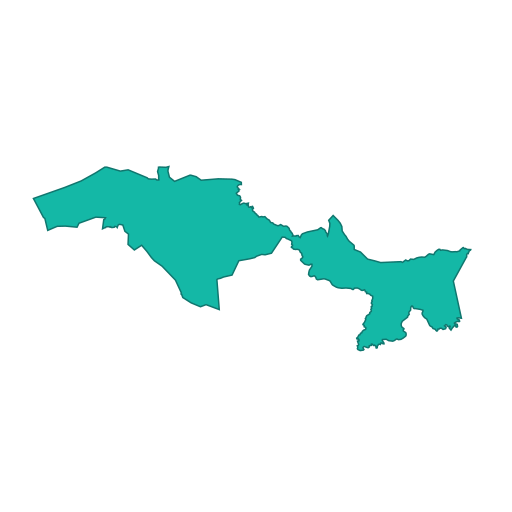 Zapotitlán Tablas, Guerrero, Mexico (Natural Earth projection), rotated 263°
{"feature_id": "50627088B79623688791809", "entity_name": "Zapotitlán Tablas", "entity_type": "district", "adm_level": 2, "iso_a3": "MEX", "parent_name": "Mexico", "parent_adm1": "Guerrero", "projection": "natural_earth1", "projection_center": [-98.863, 17.322], "detail": "fine", "context": "isolated", "style": "filled", "palette": "teal", "viewbox_px": 512, "rotation_deg": 263, "n_neighbors": 0, "source": "geoboundaries", "source_scale": "gbopen_adm2", "svg_char_len": 6161}
<svg xmlns="http://www.w3.org/2000/svg" viewBox="0 0 512 512"><g transform="rotate(263 256 256)"><path d="M207.3,213.0L237.4,214.3L237.9,215.2L238.2,218.1L239.1,221.2L240.0,229.9L253.4,238.4L254.0,249.5L254.6,254.6L255.7,256.5L256.9,261.8L256.1,265.2L256.9,271.7L271.6,284.3L271.0,287.2L269.6,288.3L269.2,289.3L266.8,293.1L265.2,293.4L263.3,292.8L262.4,293.6L261.7,293.5L261.0,292.4L260.2,292.2L259.4,293.4L258.3,294.0L257.6,296.3L257.7,297.5L257.0,299.4L256.2,299.9L254.2,300.5L253.2,301.6L250.7,301.8L250.0,302.3L249.2,302.3L248.1,301.3L247.4,299.9L246.3,299.8L245.6,300.3L242.2,303.1L241.8,303.7L240.5,307.3L240.6,308.4L241.2,309.1L241.0,310.5L239.0,310.3L235.5,307.3L233.5,306.5L231.3,305.9L229.5,306.8L229.4,307.4L228.8,307.9L228.9,309.7L229.3,311.2L229.1,311.7L227.7,312.7L225.8,313.1L224.9,314.3L225.1,320.5L224.7,321.9L222.7,325.7L222.0,326.5L218.4,328.1L217.6,328.8L215.3,331.9L214.5,333.6L213.5,337.3L213.3,341.4L212.2,346.3L211.1,347.6L210.9,348.3L211.0,348.7L212.1,349.7L211.9,352.7L210.8,354.7L209.5,356.0L208.9,357.0L208.9,358.3L209.3,359.5L208.9,359.9L207.2,360.2L206.6,361.5L205.6,361.2L205.2,361.3L205.1,362.7L204.1,364.5L203.2,364.9L201.9,366.9L199.7,366.7L197.5,365.5L196.6,365.8L196.1,365.1L195.1,364.7L193.6,365.6L193.1,365.2L192.1,365.2L191.5,364.1L190.0,364.4L189.1,363.5L187.6,363.8L187.0,363.7L186.1,362.1L184.8,361.9L183.2,358.6L182.4,358.0L181.2,357.6L180.6,356.9L179.6,357.2L177.0,355.6L175.2,353.8L174.7,353.9L173.9,355.0L172.6,354.7L171.7,356.2L170.3,356.2L169.6,355.3L169.3,353.8L168.2,352.3L166.8,351.5L166.6,350.3L165.2,349.6L165.0,348.4L163.1,347.2L162.2,345.9L161.5,346.0L161.4,347.3L160.6,347.2L160.5,347.9L160.0,348.1L159.1,347.8L159.0,346.4L155.7,347.1L154.8,346.6L154.6,345.6L152.8,345.9L151.6,345.3L150.7,345.8L149.4,347.9L149.5,351.0L150.0,351.7L151.9,350.9L152.9,351.8L153.0,352.5L151.5,355.4L151.3,356.3L151.8,357.2L153.1,357.5L153.2,359.6L154.4,359.7L154.5,360.3L154.1,360.9L152.9,361.7L152.7,362.3L153.1,362.8L152.2,363.9L150.1,364.0L149.9,364.6L150.2,365.2L151.4,365.3L153.3,366.8L153.5,367.6L153.0,368.7L154.5,369.4L154.4,370.0L153.4,371.3L153.2,372.3L154.0,372.4L156.8,371.0L157.7,371.3L157.5,375.1L155.8,377.4L154.8,381.4L155.3,383.2L156.4,385.1L156.4,385.9L155.6,387.2L155.6,389.7L156.5,391.9L158.2,394.8L159.3,395.4L161.1,395.5L161.8,395.2L163.6,393.1L164.8,393.1L165.4,393.9L165.9,394.0L167.6,392.2L169.0,391.7L171.0,391.8L173.4,393.2L176.8,399.0L177.6,399.1L179.5,401.0L180.5,400.7L181.6,400.9L183.5,402.9L185.7,403.2L186.9,403.9L187.4,404.6L187.1,405.3L185.1,406.0L184.5,406.6L184.4,407.8L183.0,412.5L181.8,415.1L180.9,415.0L179.1,413.9L177.8,413.9L175.8,414.8L174.2,415.9L172.6,417.8L166.0,419.9L165.2,420.5L164.1,422.1L162.5,422.8L161.4,425.0L160.1,425.6L159.4,426.4L159.9,427.2L161.3,427.7L161.2,428.9L161.9,429.9L161.6,431.4L160.3,432.7L160.7,435.3L162.0,436.0L162.4,435.9L163.7,434.6L164.8,436.1L164.3,437.0L163.2,437.4L162.3,438.5L162.9,439.6L162.8,440.0L162.3,440.1L160.8,439.1L158.7,440.5L160.7,442.1L162.8,444.7L162.7,445.4L161.0,446.0L161.0,447.0L161.6,447.5L163.6,447.4L164.1,446.5L164.5,444.9L165.2,444.7L165.8,445.6L166.6,448.0L166.1,449.6L166.3,450.1L167.7,450.0L168.9,448.2L169.5,447.9L170.0,448.0L170.0,449.5L169.2,452.3L207.1,448.8L229.2,464.7L229.4,465.0L231.7,465.3L232.3,465.7L232.6,466.4L232.5,467.0L233.5,467.1L233.9,467.7L235.0,468.2L235.8,469.7L236.2,469.9L236.8,466.5L238.0,464.7L237.8,464.1L238.0,463.6L239.1,462.9L239.1,462.5L237.1,459.3L236.3,458.9L236.2,458.5L235.7,455.7L236.0,454.7L236.2,451.2L236.6,449.6L238.1,446.7L239.3,441.9L239.2,439.8L240.2,439.3L240.4,438.3L239.7,436.7L238.1,434.3L235.7,432.6L237.0,428.6L236.7,427.4L234.9,424.8L234.2,423.2L234.8,420.4L234.8,417.6L234.5,415.3L233.4,412.2L234.1,409.0L232.7,407.2L232.7,405.7L233.8,404.1L231.8,400.6L232.7,399.2L234.3,378.9L236.8,373.0L239.3,366.4L247.2,360.2L250.5,354.3L254.0,354.7L254.8,354.5L259.3,350.3L261.6,348.9L264.6,347.7L266.2,346.6L270.3,344.6L274.8,344.8L278.3,343.6L281.4,341.7L286.8,337.5L282.6,332.5L279.4,333.3L276.5,332.8L269.2,330.5L267.0,329.4L267.5,329.2L268.5,329.5L269.7,329.1L271.4,328.1L272.6,328.0L274.1,327.0L275.1,325.3L276.2,324.2L276.2,323.6L274.5,320.5L273.6,310.0L272.4,304.8L271.4,303.6L268.9,302.1L269.9,301.0L271.2,300.4L271.3,298.4L270.8,298.1L271.4,295.5L271.3,294.6L272.4,295.2L274.5,294.5L275.0,293.8L276.2,293.6L277.3,292.6L279.5,292.2L281.6,290.5L282.1,289.4L282.1,287.0L284.2,284.3L283.4,282.2L283.5,281.0L285.6,277.4L286.8,276.7L287.5,274.6L289.9,273.6L291.5,271.5L294.0,269.6L293.9,267.6L294.5,266.6L294.3,263.6L296.0,262.7L296.3,262.1L297.5,261.6L298.3,260.5L299.7,259.9L300.9,258.4L302.0,258.1L303.3,258.3L303.4,259.1L303.7,259.3L305.7,258.6L305.7,258.2L304.8,257.5L305.2,257.3L305.6,256.4L305.2,255.8L305.3,255.0L305.8,254.5L307.4,254.6L307.5,253.5L307.8,253.2L308.8,254.7L309.4,254.9L309.2,252.2L310.0,250.3L309.7,248.8L308.8,246.8L309.2,245.8L310.1,246.1L311.0,246.0L313.0,248.4L313.4,248.0L313.7,247.3L316.1,247.8L317.3,247.4L317.8,247.0L318.6,245.0L320.7,244.1L321.8,245.7L322.3,246.8L323.6,247.0L323.8,247.5L324.4,246.6L325.1,247.1L326.2,246.0L327.0,245.8L327.5,246.0L328.7,247.4L328.9,248.9L328.7,250.2L330.9,250.4L334.4,244.4L335.2,241.4L337.2,227.9L337.9,210.8L342.0,206.3L344.1,201.3L344.3,200.4L340.0,184.3L344.7,179.7L351.0,178.9L352.6,179.3L355.4,180.4L355.0,177.5L356.1,170.7L356.0,170.0L355.2,170.0L351.8,168.6L347.7,169.2L344.5,168.8L343.4,168.9L343.3,168.1L343.7,166.5L344.6,165.8L344.7,165.1L345.0,161.6L345.7,158.5L346.9,157.5L357.1,139.6L356.8,131.7L362.4,118.7L362.6,116.7L358.0,106.9L351.8,91.6L347.3,74.3L340.2,42.1L320.1,49.8L319.1,51.0L306.8,52.4L309.7,62.3L308.9,70.5L306.4,81.9L310.1,84.3L314.1,101.8L312.3,111.3L310.9,110.3L310.6,109.3L301.7,107.0L302.5,109.3L302.5,110.2L303.1,110.6L303.3,111.2L302.9,114.2L302.4,114.6L302.8,115.4L302.1,115.7L301.8,116.4L301.8,118.8L302.6,119.3L302.6,119.5L302.0,121.3L301.2,121.7L303.5,122.9L304.0,123.9L303.9,125.0L303.0,127.6L296.5,128.9L293.3,132.1L283.1,130.4L276.8,136.0L280.6,143.8L273.8,148.3L267.2,152.0L263.6,154.6L257.4,161.5L241.9,173.1L228.9,177.3L227.3,177.0L227.0,177.5L223.7,178.3L217.4,185.9L212.4,194.7L213.8,200.5L207.3,213.0Z" fill="#14b8a6" stroke="#0f766e" stroke-width="1.5"/></g></svg>